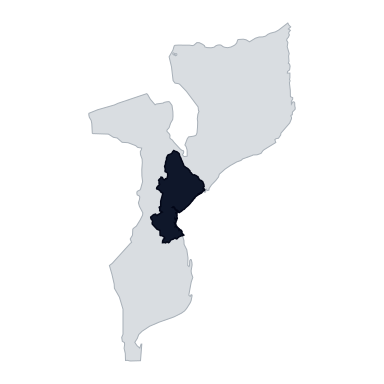 Mozambique, with Sofala highlighted
{"feature_id": "MOZ-1905", "entity_name": "Sofala", "entity_type": "Province", "adm_level": 1, "iso_a3": "MOZ", "parent_name": "Mozambique", "parent_adm1": "", "projection": "mercator", "projection_center": [34.584, -19.076], "detail": "fine", "context": "in_parent", "style": "filled", "palette": "ink", "viewbox_px": 384, "rotation_deg": 0, "n_neighbors": 0, "source": "natural_earth", "source_scale": "10m", "svg_char_len": 9442}
<svg xmlns="http://www.w3.org/2000/svg" viewBox="0 0 384 384"><path d="M109.4,265.5L112.2,263.4L130.5,243.2L131.6,242.4L130.2,239.0L132.5,235.2L132.8,229.1L133.6,228.2L136.4,226.1L140.2,219.9L142.6,215.1L142.8,212.8L139.4,206.3L138.4,202.8L139.4,199.8L139.8,197.0L139.3,196.0L137.2,194.9L136.9,193.6L136.9,192.1L137.3,191.3L139.9,190.0L140.5,189.2L142.6,181.7L141.9,176.0L141.8,169.5L142.3,162.8L142.1,159.0L140.5,154.7L140.3,151.6L141.5,149.4L141.7,148.1L137.7,147.4L135.6,145.6L128.0,142.7L122.1,142.3L117.2,138.0L113.4,137.3L108.4,134.1L92.9,133.6L92.3,133.2L91.8,123.7L91.2,120.5L89.3,117.2L88.8,114.8L88.9,113.3L97.5,109.8L114.3,105.0L118.0,103.3L146.6,93.7L147.5,94.3L150.3,99.2L155.1,104.8L156.3,104.0L163.1,103.1L164.1,102.4L166.2,101.9L168.6,101.6L169.5,101.9L172.0,105.4L172.9,111.9L173.0,116.3L172.7,119.5L170.6,123.1L169.1,127.7L166.9,130.2L167.0,131.4L169.5,134.1L170.0,135.3L169.8,137.7L170.3,138.6L172.4,140.1L174.1,142.4L180.3,149.1L181.9,150.3L183.2,150.6L183.8,151.9L183.4,153.4L182.5,154.3L182.9,155.5L184.0,156.5L186.9,156.3L187.2,155.9L187.1,150.0L186.1,146.6L184.9,145.0L187.3,138.7L188.6,136.9L193.3,136.2L195.4,135.6L196.3,134.8L197.0,132.8L197.5,127.2L197.7,121.9L197.3,118.8L197.9,114.2L199.0,111.3L198.5,110.7L198.1,106.9L186.4,91.3L179.8,84.4L178.7,83.7L175.0,83.1L173.1,80.6L171.5,66.8L169.1,56.8L172.9,50.2L174.2,45.9L175.0,45.3L178.2,45.1L189.7,45.2L192.6,45.6L193.9,45.2L196.9,42.6L199.3,42.7L202.6,44.3L204.5,45.7L204.8,46.9L207.0,47.6L211.1,47.8L214.1,47.2L216.0,45.7L218.0,45.0L220.1,44.9L221.6,45.4L222.7,46.5L224.7,47.3L227.7,47.7L231.0,47.0L234.6,45.2L236.6,43.2L237.7,39.9L238.4,39.5L243.4,39.2L246.1,39.8L249.5,41.8L255.4,38.2L259.1,37.0L262.7,36.9L265.6,36.1L267.9,34.3L270.3,33.2L275.3,31.9L278.6,30.1L287.8,23.0L288.9,25.1L290.7,26.9L288.3,29.0L290.4,30.3L288.9,32.2L288.7,33.6L289.4,34.9L288.4,37.2L287.0,38.9L286.6,40.2L287.9,42.5L287.2,46.7L289.2,53.6L288.6,55.9L289.0,61.3L288.3,63.3L289.5,64.0L290.1,66.1L289.6,69.9L287.5,71.5L287.3,73.1L289.9,73.1L289.9,77.9L289.5,79.3L290.1,80.9L289.4,82.6L290.3,90.3L290.4,95.9L290.5,96.7L292.7,97.7L292.7,99.2L291.3,101.2L291.4,104.2L292.9,101.8L293.9,101.8L294.7,102.8L294.8,106.1L295.2,107.8L295.1,109.3L292.4,112.1L292.3,114.8L291.3,115.1L290.8,115.8L291.5,117.4L291.5,118.7L289.7,123.0L280.9,133.2L280.7,135.0L278.5,138.2L276.1,138.7L274.8,139.6L275.8,142.5L264.1,149.7L262.9,150.7L261.0,153.4L257.1,154.8L253.0,155.0L252.2,155.5L242.7,158.9L240.9,160.5L236.8,161.9L230.4,165.5L225.2,169.0L219.3,174.2L218.5,177.0L215.7,180.6L211.5,184.9L209.1,188.5L208.9,190.1L207.4,190.6L206.2,189.1L205.6,192.0L204.6,192.2L203.5,191.6L198.2,194.7L194.3,198.2L188.7,205.0L180.6,211.6L178.7,211.7L176.2,209.4L174.8,209.3L176.9,211.8L176.7,217.3L175.7,223.8L175.9,225.2L181.3,232.2L183.9,240.3L184.1,244.4L186.8,249.8L188.0,257.9L187.7,265.4L189.0,266.6L189.5,265.6L189.7,260.8L190.5,259.5L191.2,259.7L191.9,262.3L192.1,265.0L191.1,270.9L191.4,273.3L192.8,277.4L191.2,282.1L188.8,295.1L189.4,295.9L190.6,296.2L191.0,294.8L191.8,294.8L192.1,295.6L191.1,300.7L190.1,303.0L186.6,308.5L184.6,310.9L181.4,313.2L174.0,316.9L159.0,322.2L149.5,326.3L142.0,331.3L138.7,334.6L137.3,338.4L134.8,342.3L137.0,345.7L139.8,348.1L141.1,344.1L141.8,344.1L140.5,360.7L130.1,361.0L127.2,360.3L125.5,360.5L125.3,353.5L124.1,348.3L124.6,344.6L124.5,342.6L122.3,341.3L121.7,337.4L123.0,334.3L123.0,309.2L119.4,297.1L114.4,288.3L114.2,284.1L112.0,274.5L109.4,265.5ZM175.5,55.8L176.7,55.2L176.9,54.1L176.1,53.5L175.4,53.7L175.0,55.5L175.5,55.8ZM174.6,53.8L173.7,52.9L172.9,53.1L172.7,53.9L173.4,54.8L174.2,54.8L174.6,53.8Z" fill="#d9dde1" stroke="#a8b0b8" stroke-width="1"/><path d="M203.6,190.9L203.5,190.7L203.3,190.8L203.2,190.8L202.6,191.5L201.6,192.9L201.2,193.2L200.6,193.3L200.7,192.9L200.6,192.6L200.4,192.6L200.2,192.8L199.9,193.9L199.7,194.1L199.2,194.2L198.8,193.8L198.6,193.7L198.2,193.8L198.1,194.0L198.1,194.4L198.5,194.2L198.6,194.3L198.5,194.6L195.7,196.5L195.2,197.2L195.0,197.3L194.7,197.3L194.5,197.6L194.1,198.3L194.6,198.2L194.6,198.3L194.1,198.6L193.5,199.1L192.6,200.0L193.0,200.0L192.8,200.3L192.0,201.3L191.8,201.4L191.4,201.5L191.2,202.1L190.2,203.4L188.2,205.5L185.9,207.4L184.1,209.3L183.4,209.6L182.9,209.8L181.8,210.9L181.3,211.3L181.1,211.1L180.9,211.3L180.3,211.9L179.3,212.6L178.7,212.4L178.5,212.2L178.4,211.9L178.2,211.0L177.0,210.1L176.1,209.7L175.9,209.6L175.1,208.4L175.0,208.2L174.7,208.1L174.3,207.1L174.2,207.0L173.5,206.7L173.2,206.7L172.9,206.8L172.7,207.4L172.5,207.5L172.8,207.6L173.1,207.3L173.5,207.2L173.8,207.3L174.1,207.4L174.3,207.7L174.4,208.3L174.6,208.6L175.6,210.1L175.9,210.3L176.5,210.4L176.7,210.9L177.2,211.4L177.3,211.6L177.2,212.2L176.9,212.7L176.5,213.1L175.9,213.0L176.0,213.4L176.6,213.2L177.0,213.3L176.9,214.0L176.9,214.4L177.0,215.3L177.0,215.6L176.7,216.0L176.9,216.5L176.9,217.2L177.1,217.6L177.3,218.2L177.3,218.4L177.2,218.6L177.1,218.8L176.9,219.2L176.5,219.1L175.9,218.7L175.3,218.9L175.1,218.9L174.9,218.6L174.9,219.0L175.2,219.3L176.6,220.1L176.6,220.3L176.2,221.0L175.9,221.9L175.5,222.3L175.4,222.6L175.8,223.0L175.7,223.2L175.4,223.4L175.2,223.5L174.9,223.4L174.6,223.2L174.8,223.8L175.1,224.3L175.3,224.5L175.7,224.6L175.9,224.7L176.1,225.1L176.1,225.5L175.2,226.4L175.2,226.7L175.8,226.3L176.2,226.2L176.5,226.3L176.6,226.8L176.7,227.1L177.0,226.8L177.2,227.2L177.5,227.4L177.8,227.6L178.1,227.9L178.3,228.1L178.5,228.4L178.6,228.7L178.6,229.2L178.7,229.4L179.3,228.9L179.5,229.1L179.5,229.4L179.0,229.8L179.1,230.2L179.4,229.9L179.8,229.8L180.7,229.9L180.8,230.0L181.5,230.6L181.6,230.8L181.5,231.6L181.9,231.5L182.0,231.7L182.1,231.9L182.0,232.1L181.7,232.3L181.7,232.6L181.8,232.9L182.4,233.5L182.6,233.8L182.4,234.3L182.3,234.6L182.3,234.9L182.9,234.5L183.2,234.4L183.7,234.8L183.8,235.1L183.3,235.2L182.9,235.6L182.7,235.6L181.2,235.9L179.2,236.7L179.0,236.8L178.7,237.2L177.7,237.9L177.4,238.4L177.0,238.8L176.3,238.9L176.1,238.8L175.3,238.1L175.1,238.1L174.4,238.3L173.4,239.1L171.2,239.8L170.6,240.2L169.8,241.6L169.2,242.3L168.6,242.7L168.3,242.7L168.0,242.5L167.4,242.0L166.9,241.8L166.5,242.0L166.0,242.7L165.5,242.9L165.2,242.8L164.9,242.6L164.7,242.5L162.5,242.7L162.6,241.0L162.7,240.7L163.2,240.3L163.2,240.1L163.2,239.6L163.4,239.1L164.1,238.7L164.4,238.5L164.6,237.9L164.5,237.6L164.3,237.3L162.4,235.8L162.2,235.7L160.6,235.6L160.4,235.5L160.2,235.4L160.1,235.2L160.0,230.9L159.9,230.4L159.7,230.3L157.4,229.4L157.1,229.3L152.3,224.1L152.2,223.9L152.2,222.8L152.2,222.5L152.6,221.5L152.6,221.2L152.5,220.9L152.2,220.5L152.0,219.6L151.8,219.4L151.3,219.2L151.1,219.0L150.7,217.3L150.7,217.1L152.5,215.6L152.8,215.2L153.5,214.9L154.0,214.5L154.2,214.4L154.8,214.4L155.4,214.1L155.6,214.1L155.8,214.3L155.9,214.7L156.3,214.9L156.9,215.5L157.3,215.5L157.9,214.6L158.2,214.4L158.8,214.3L159.2,214.0L160.0,213.6L160.5,213.1L160.6,212.8L161.1,212.6L161.3,212.3L161.8,212.3L162.2,212.1L161.9,211.9L161.4,211.5L160.8,211.4L160.7,211.3L160.6,211.0L160.4,210.9L159.7,210.8L159.7,210.2L159.8,209.2L159.8,208.6L159.3,207.8L159.2,207.3L159.3,207.1L159.5,206.9L159.8,206.9L160.3,206.8L160.6,206.8L160.7,206.7L160.7,206.3L160.7,201.2L162.7,193.9L162.8,193.2L162.7,193.2L162.4,193.1L162.2,193.0L162.0,192.6L161.8,192.4L161.3,192.4L161.1,192.3L160.9,192.1L160.7,191.4L160.6,191.1L160.4,191.0L159.8,190.7L159.6,190.6L159.3,189.9L159.1,189.8L158.4,189.6L157.7,189.1L157.4,189.1L156.8,189.0L156.6,188.5L156.8,187.6L156.9,187.3L157.2,187.0L157.8,186.4L158.2,185.7L158.5,185.5L158.8,185.1L159.3,184.9L159.7,184.3L159.6,184.0L159.4,183.6L159.3,183.1L159.0,183.1L159.0,182.8L159.2,182.1L159.2,181.7L159.1,181.3L158.6,180.5L158.6,180.3L158.6,180.2L159.1,179.6L159.4,179.2L159.7,178.9L160.2,178.7L160.6,178.3L160.8,178.0L160.9,177.4L161.0,177.1L161.9,177.3L162.2,177.4L162.5,177.8L162.7,178.1L162.9,178.7L163.1,179.0L163.9,179.6L164.4,179.8L164.7,179.7L165.3,178.9L165.5,178.7L165.8,178.6L166.6,178.8L166.9,178.4L167.1,177.8L167.6,176.0L167.7,175.2L167.7,174.6L167.6,174.3L167.7,173.4L167.6,173.2L167.3,172.9L166.8,172.3L165.2,171.7L165.0,171.0L165.3,169.1L165.2,168.8L164.7,166.6L164.6,166.3L164.7,166.1L165.5,164.2L165.5,163.9L165.5,162.8L165.7,161.8L166.0,160.9L166.5,159.7L166.5,159.4L166.5,158.2L166.5,157.9L167.7,155.4L167.8,155.2L168.1,155.0L168.7,154.7L169.8,154.4L171.4,153.6L172.0,153.0L172.2,152.7L172.6,151.8L173.8,150.5L175.2,151.3L176.7,151.7L177.1,151.9L178.9,153.4L179.1,153.6L179.3,154.2L179.8,156.3L180.6,157.6L181.0,158.4L181.2,159.2L181.2,159.6L181.3,159.6L181.7,160.3L181.8,160.7L182.0,161.0L182.6,162.4L182.8,163.3L182.9,163.5L183.3,163.9L183.5,164.7L183.6,165.3L183.9,165.8L184.2,166.2L184.8,166.6L185.3,167.0L185.5,167.1L185.7,167.4L185.9,167.5L187.2,168.2L188.3,169.0L188.9,169.8L189.2,170.0L189.3,170.2L189.6,170.5L189.8,170.6L189.9,171.0L190.1,171.7L190.2,172.0L190.3,172.3L191.0,172.7L191.3,172.9L191.4,173.1L191.7,173.7L191.8,173.9L192.5,174.3L193.1,174.9L193.4,175.0L193.7,175.0L194.3,174.8L194.6,174.9L195.1,175.2L195.7,175.4L196.1,175.6L196.8,176.2L197.8,176.6L198.1,177.0L197.9,177.4L198.6,178.1L198.9,178.6L199.0,178.8L199.0,179.3L199.4,179.7L200.5,180.3L201.4,180.6L201.6,180.8L202.1,181.3L202.5,181.5L202.8,181.9L202.9,182.2L203.1,182.7L203.2,183.2L203.3,183.5L203.5,183.6L203.7,184.5L204.0,185.0L203.9,185.9L204.1,186.4L204.1,186.6L203.7,186.6L203.4,186.9L203.3,187.6L203.4,188.2L203.5,188.6L203.1,188.8L203.2,189.0L203.6,189.1L204.1,188.9L204.4,189.4L204.7,189.8L204.8,189.9L204.4,190.4L204.2,190.6L203.9,190.8L203.6,190.9Z" fill="#0f172a" stroke="#020617" stroke-width="1.5"/></svg>